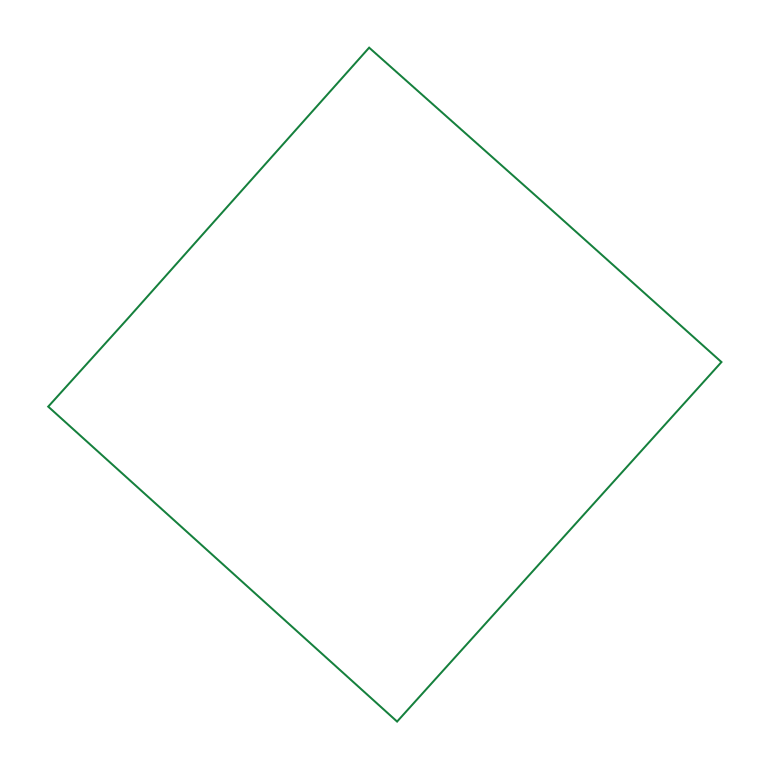 outline of Marshall, Iowa, United States of America, rotated 312°
{"feature_id": "52423323B44218034529984", "entity_name": "Marshall", "entity_type": "district", "adm_level": 2, "iso_a3": "USA", "parent_name": "United States of America", "parent_adm1": "Iowa", "projection": "equal_earth", "projection_center": [-93.014, 42.036], "detail": "fine", "context": "isolated", "style": "outline", "palette": "green", "viewbox_px": 768, "rotation_deg": 312, "n_neighbors": 0, "source": "geoboundaries", "source_scale": "gbopen_adm2", "svg_char_len": 262}
<svg xmlns="http://www.w3.org/2000/svg" viewBox="0 0 768 768"><g transform="rotate(312 384 384)"><path d="M142.5,149.6L141.9,619.6L626.1,620.1L625.5,385.5L624.0,147.9L381.1,149.1L260.6,149.8L142.5,149.6Z" fill="none" stroke="#15803d" stroke-width="2"/></g></svg>